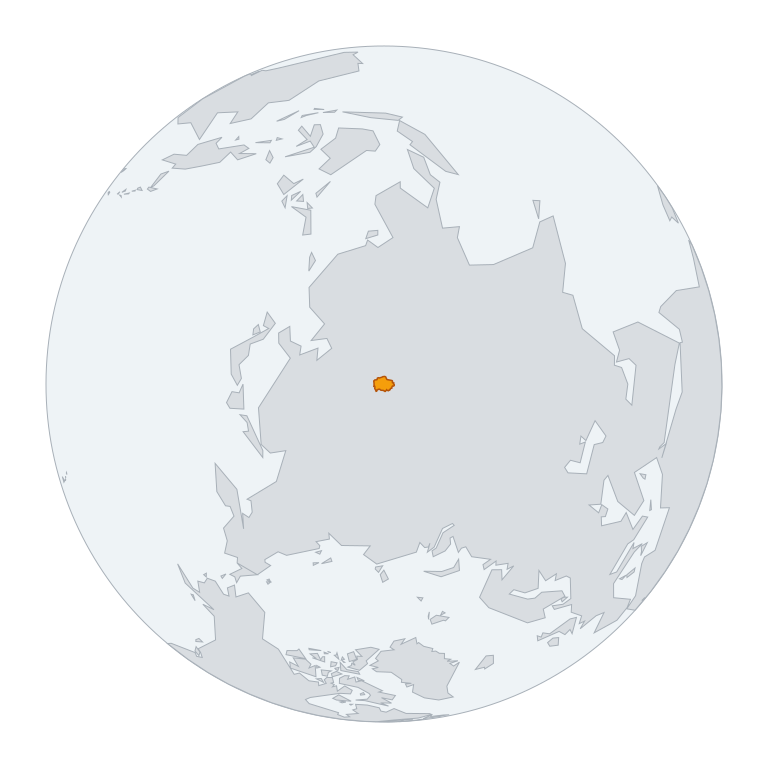 globe centered on Dundgovi, rotated 183°
{"feature_id": "MNG-3325", "entity_name": "Dundgovi", "entity_type": "Province", "adm_level": 1, "iso_a3": "MNG", "parent_name": "Mongolia", "parent_adm1": "", "projection": "orthographic", "projection_center": [106.117, 45.486], "detail": "fine", "context": "on_globe", "style": "filled", "palette": "amber", "viewbox_px": 768, "rotation_deg": 183, "n_neighbors": 0, "source": "natural_earth", "source_scale": "10m", "svg_char_len": 13732}
<svg xmlns="http://www.w3.org/2000/svg" viewBox="0 0 768 768"><g transform="rotate(183 384 384)"><circle cx="384" cy="384" r="338" fill="#eef3f6" stroke="#a8b0b8"/><path d="M585.0,112.4L586.5,113.5L582.9,113.9L558.6,105.9L556.8,102.2L551.2,101.4L553.1,106.3L555.7,109.9L538.8,119.6L541.4,143.2L553.4,154.6L542.0,149.7L572.1,174.8L580.7,193.6L564.2,170.2L557.2,166.3L559.6,177.4L553.0,176.0L550.3,180.8L542.2,178.3L533.2,165.7L527.7,164.1L529.7,172.2L522.8,175.4L520.7,163.6L508.5,168.3L491.1,149.7L492.0,123.1L475.6,113.7L458.5,89.4L453.3,90.9L443.5,83.7L433.8,82.9L433.4,79.4L426.0,82.0L428.2,85.5L425.7,88.0L420.2,88.1L418.7,83.3L421.2,82.5L417.9,81.2L419.6,78.9L415.6,80.1L414.5,74.8L407.4,80.4L399.7,76.4L401.2,72.8L411.7,72.8L441.2,67.1L445.9,64.8L442.0,60.9L412.2,53.4L413.0,51.5L406.2,49.2L400.9,49.9L404.2,52.1L392.6,53.6L398.1,56.9L394.2,58.3L395.6,62.6L383.9,62.5L371.8,60.4L370.0,57.2L364.7,56.4L357.0,60.4L344.8,56.2L321.1,57.2L319.2,56.5L332.3,52.2L355.8,49.1L372.8,46.5L350.1,49.1L345.8,48.5L340.2,49.1L333.6,50.1L330.7,50.9L326.8,51.2L343.0,48.6L350.6,47.7L351.6,47.6L344.9,48.4L356.0,47.3L361.2,46.8L385.0,46.1L408.8,47.0L432.5,49.6L455.9,53.8L479.0,59.7L501.5,67.2L523.6,76.2L544.9,86.8L565.4,98.9L585.0,112.4ZM700.4,274.7L697.9,270.4L698.5,269.1L700.4,274.7ZM696.9,270.6L697.7,271.4L697.2,271.3L696.9,270.6ZM696.9,272.3L696.9,271.1L697.2,273.0L696.9,272.3ZM697.2,275.4L696.9,273.5L697.1,273.9L697.2,275.4ZM696.6,278.5L696.4,279.1L695.9,276.9L696.6,278.5ZM557.9,111.9L553.8,106.7L554.6,103.1L558.8,107.5L557.9,111.9ZM555.5,120.2L551.7,116.9L558.4,117.0L558.5,118.9L555.5,120.2ZM563.4,163.5L561.3,157.7L565.6,164.0L563.4,163.5ZM551.4,182.0L554.1,184.2L551.5,185.8L551.4,182.0ZM401.9,62.4L398.8,62.5L400.2,61.6L401.9,62.4ZM405.4,64.4L409.2,63.4L411.4,64.2L409.0,64.8L405.4,64.4ZM536.8,183.7L531.9,186.0L535.3,181.4L536.8,183.7ZM400.2,65.5L414.9,65.9L418.7,67.4L412.9,71.2L400.2,65.5ZM528.0,185.9L516.3,192.3L521.3,197.6L500.5,186.9L517.4,184.6L520.8,177.9L522.9,183.6L528.0,185.9ZM431.3,86.6L428.7,82.9L436.0,86.0L431.3,86.6ZM436.6,88.1L462.5,95.4L463.6,101.5L454.7,97.5L460.3,105.8L448.0,105.1L442.3,100.4L444.0,96.5L438.0,99.3L436.6,88.1ZM490.9,180.3L486.8,180.3L489.4,178.0L490.9,180.3ZM425.3,89.2L430.4,90.0L431.7,95.2L421.7,94.7L424.5,93.1L425.3,89.2ZM467.7,108.6L466.9,112.7L456.8,113.2L455.1,114.9L447.8,105.6L467.7,108.6ZM421.4,92.0L416.5,94.5L410.9,92.2L420.3,88.9L421.4,92.0ZM436.3,96.8L436.5,99.4L433.1,97.8L436.3,96.8ZM388.1,86.6L394.3,86.8L395.5,89.5L388.1,86.6ZM415.1,95.5L417.1,96.3L418.2,97.5L414.0,98.7L415.1,95.5ZM441.2,106.8L437.2,106.3L443.7,110.6L436.4,111.5L432.8,105.3L431.3,108.3L429.0,108.6L428.7,103.3L441.2,106.8ZM413.2,103.7L406.2,96.8L394.5,95.4L393.1,92.9L412.1,95.6L413.2,103.7ZM422.3,103.9L416.3,103.1L417.6,100.1L422.5,98.8L422.3,103.9ZM432.7,114.5L444.8,114.7L445.2,116.1L432.7,114.5ZM409.5,103.8L411.3,105.5L408.6,104.0L409.5,103.8ZM425.3,111.7L429.5,111.5L429.8,113.1L425.3,111.7ZM411.3,109.3L409.1,107.0L412.3,105.9L411.3,109.3ZM417.5,110.9L416.9,113.1L414.8,106.9L419.4,110.5L417.5,110.9ZM424.9,113.2L426.4,114.1L423.0,113.1L424.9,113.2ZM400.3,115.1L396.9,107.6L404.1,105.0L406.4,112.6L400.3,115.1ZM121.5,171.2L129.8,172.2L121.7,185.7L117.2,218.2L114.8,224.9L104.6,232.1L92.5,275.4L101.4,274.7L101.2,308.3L107.9,324.8L129.3,308.8L118.4,281.2L127.1,265.9L144.4,278.9L155.6,304.4L159.3,299.4L161.2,275.3L172.9,273.9L162.9,266.6L160.2,274.9L153.9,270.9L156.0,263.2L160.1,262.7L159.3,253.8L140.2,259.3L135.4,268.3L127.8,251.8L119.0,265.6L113.7,264.9L126.5,241.5L132.2,237.1L148.5,205.6L141.8,208.5L126.0,238.8L126.8,232.7L117.7,238.1L125.3,229.3L144.3,196.7L143.5,182.6L126.6,181.9L129.5,173.5L139.0,160.3L161.1,146.5L152.3,167.3L160.0,163.7L175.3,149.8L171.3,157.7L176.5,154.9L174.5,162.8L185.1,165.9L185.1,173.6L202.1,167.8L204.4,171.3L193.7,173.4L186.2,179.5L187.8,200.0L191.9,201.8L202.8,196.7L201.9,203.5L212.3,196.0L219.5,205.9L219.4,188.0L232.3,182.8L243.6,185.4L247.9,180.8L229.3,176.7L222.0,178.1L215.6,184.3L195.5,186.8L192.2,181.5L213.2,167.6L210.8,159.0L228.2,153.0L267.6,166.1L277.4,176.0L266.5,204.1L256.8,204.7L255.9,194.6L244.9,209.2L251.4,205.4L250.7,211.4L262.8,208.9L262.8,213.1L274.3,203.9L275.7,208.8L268.4,214.5L287.4,216.1L293.8,225.7L298.1,224.1L300.9,219.7L307.1,235.4L310.0,233.6L309.1,227.7L314.2,220.5L325.8,214.1L327.3,219.9L323.3,222.9L317.3,238.5L306.5,246.5L308.3,248.3L318.0,242.8L325.4,223.7L331.9,218.3L329.8,227.4L331.1,223.6L334.8,222.8L339.9,227.6L342.9,217.8L381.8,203.8L395.5,212.6L389.3,221.6L418.0,220.5L431.3,232.1L430.4,226.3L443.6,223.0L439.6,219.2L440.2,216.3L472.3,207.8L481.0,210.9L493.8,202.4L493.4,199.7L487.7,196.8L500.5,186.9L521.3,197.6L521.2,203.1L534.3,206.8L532.3,219.2L536.7,231.7L526.9,244.2L531.3,253.7L535.9,254.1L545.3,267.8L548.5,295.9L525.4,271.1L516.6,232.0L518.4,247.4L511.9,243.6L508.9,249.1L510.7,260.4L514.7,261.8L486.4,281.0L478.6,312.3L493.9,309.1L503.5,317.2L508.1,353.7L478.9,404.9L491.2,419.3L491.9,429.4L481.1,436.6L479.7,422.0L468.8,417.5L469.7,408.6L451.8,416.4L452.3,404.1L438.1,416.9L443.4,426.5L459.0,423.6L446.5,440.9L462.2,456.8L463.9,476.5L436.9,511.2L409.6,521.2L407.9,526.9L397.2,520.0L382.7,530.7L402.5,563.0L401.8,571.7L378.4,586.8L378.0,580.5L349.5,562.2L344.0,582.1L365.5,600.7L372.9,619.4L356.2,612.5L348.7,595.4L338.7,588.4L341.6,571.2L333.7,542.7L316.9,545.1L318.4,534.0L304.9,507.2L280.9,509.0L242.6,527.8L236.9,554.0L223.9,560.7L209.1,513.9L210.4,484.9L200.0,482.5L188.9,449.6L155.3,424.3L154.9,414.8L147.6,412.9L140.5,396.7L141.7,381.5L135.4,375.8L133.3,415.9L140.6,422.2L153.0,418.1L150.5,430.1L157.9,448.0L133.7,459.2L91.2,440.3L94.5,418.7L101.2,340.1L105.3,335.7L105.6,334.9L106.1,333.5L99.0,339.3L102.7,324.8L91.0,374.4L85.8,391.6L90.5,440.7L88.2,441.4L91.9,454.1L113.2,469.8L111.7,475.8L97.0,492.6L74.2,497.5L81.6,525.9L87.3,543.8L83.7,538.9L73.3,516.8L64.5,494.0L57.4,470.6L52.0,446.8L48.3,422.6L46.4,398.3L46.2,373.8L47.9,349.5L51.2,325.2L56.3,301.3L63.2,277.9L71.7,255.0L81.8,232.7L93.6,211.3L106.8,190.7L121.5,171.2ZM115.3,181.2L112.3,184.5L115.3,181.2ZM159.6,343.7L171.3,358.4L179.4,338.1L184.6,342.3L185.4,334.2L179.9,336.6L184.0,315.6L193.8,317.6L199.3,310.2L195.6,304.9L176.9,304.9L170.9,334.5L162.5,337.0L159.6,343.7ZM344.6,48.7L342.8,48.9L336.1,49.8L339.1,49.3L344.6,48.7ZM307.1,56.6L301.6,57.1L307.6,56.0L310.8,54.9L327.4,51.8L319.1,56.0L319.9,54.4L307.1,56.6ZM347.3,49.8L337.7,50.7L348.6,49.6L347.3,49.8ZM207.1,134.3L202.0,139.1L196.3,139.9L196.4,132.3L204.7,130.8L207.1,134.3ZM196.2,146.1L217.0,135.6L217.8,140.6L213.8,139.5L212.3,143.8L205.5,143.2L185.9,159.1L179.6,161.0L183.1,144.5L185.4,148.6L190.2,143.2L196.2,146.1ZM268.8,106.4L277.8,103.7L267.8,117.8L260.6,118.8L260.1,110.7L268.5,104.7L268.8,106.4ZM387.0,72.8L391.1,72.1L391.5,73.3L388.4,74.8L387.0,72.8ZM390.9,86.5L369.5,77.6L373.1,76.1L356.3,73.5L359.3,69.0L370.1,70.6L359.8,65.7L370.7,65.4L362.6,62.6L386.4,66.8L395.8,66.9L384.2,68.4L381.2,72.4L382.7,74.2L394.1,79.7L412.9,82.7L413.0,87.8L408.0,90.7L403.5,90.7L404.9,87.2L397.9,89.9L396.4,84.9L390.9,86.5ZM349.8,130.7L353.3,125.0L339.0,132.5L337.5,126.3L335.9,127.6L330.6,124.1L321.4,122.4L322.2,119.4L318.3,120.0L314.7,118.0L309.5,118.1L309.3,112.9L303.0,112.6L306.5,110.4L295.7,111.5L303.6,108.4L299.7,106.0L294.1,110.2L305.4,85.6L304.0,78.8L298.5,75.1L312.8,71.3L327.2,72.7L339.4,77.8L338.7,85.4L345.3,82.6L346.9,85.6L341.0,86.5L351.0,87.0L350.8,89.8L361.7,96.5L376.4,96.3L380.7,99.0L374.8,100.6L383.3,102.3L375.2,107.2L378.1,109.5L373.0,116.9L360.0,119.1L364.2,121.5L360.6,127.8L349.8,130.7ZM398.5,117.1L383.3,120.4L375.0,118.8L387.3,106.6L385.8,103.9L393.4,96.8L405.3,99.4L402.0,101.1L401.6,103.4L398.0,101.6L400.6,104.8L396.1,107.5L396.9,110.8L391.8,110.8L398.5,117.1ZM118.7,226.0L118.1,230.2L118.6,235.4L112.8,239.3L118.7,226.0ZM131.2,203.5L131.6,206.1L123.7,213.4L124.4,209.4L131.2,203.5ZM138.6,201.8L132.3,205.7L136.1,201.2L138.6,201.8ZM194.7,175.8L196.0,178.6L193.5,180.4L189.7,180.7L194.7,175.8ZM306.9,154.3L310.2,150.7L312.2,151.2L323.6,146.7L325.6,151.3L319.6,155.8L306.9,154.3ZM123.6,307.8L117.7,307.1L118.4,302.6L120.3,303.7L123.6,307.8ZM112.0,271.6L111.5,282.5L110.4,272.5L112.0,271.6ZM311.0,158.6L315.4,156.1L313.7,160.0L311.0,158.6ZM327.7,154.5L326.8,158.8L327.2,151.3L327.7,154.5ZM112.4,585.1L105.3,574.8L98.4,560.0L105.4,565.8L107.1,562.0L114.8,577.4L121.3,596.4L114.3,587.6L112.4,585.1ZM458.1,655.0L468.2,654.6L467.8,655.6L458.1,655.0ZM447.6,652.8L459.2,651.9L445.5,655.1L447.6,652.8ZM463.7,651.5L475.5,648.1L480.6,645.8L479.7,647.9L463.7,651.5ZM439.7,653.6L396.6,654.6L379.6,651.5L383.6,648.0L411.2,649.3L439.7,653.6ZM382.2,647.9L356.2,635.4L320.8,597.0L333.5,599.6L370.6,624.3L368.2,627.6L384.0,637.3L382.2,647.9ZM445.2,627.0L442.7,637.3L419.0,637.6L408.2,636.2L400.7,622.9L404.9,616.1L413.7,616.3L448.1,590.2L460.1,595.4L449.5,606.6L459.3,615.1L445.2,627.0ZM238.2,557.0L244.9,575.2L237.9,575.2L238.2,557.0ZM462.0,570.9L448.1,583.5L460.7,567.1L462.0,570.9ZM469.4,555.3L470.3,561.2L464.7,556.0L469.4,555.3ZM407.6,535.8L398.2,537.1L398.0,532.5L409.8,528.2L407.6,535.8ZM465.0,492.8L464.9,506.7L463.2,511.6L458.9,503.7L465.0,492.8ZM334.6,199.1L316.5,199.8L304.8,204.4L300.3,213.0L298.9,201.7L316.9,194.5L334.6,199.1ZM375.8,202.4L379.6,195.6L383.1,198.8L382.8,200.8L375.8,202.4ZM374.4,198.1L369.4,189.5L374.9,185.9L377.8,193.4L374.4,198.1ZM339.5,172.8L334.0,172.5L335.6,169.2L339.5,172.8ZM540.0,683.8L534.9,686.3L532.2,686.3L524.9,689.9L533.1,684.8L522.1,690.9L518.3,690.6L506.7,693.7L441.1,713.1L427.3,714.1L432.1,711.2L422.1,702.9L426.8,702.8L425.4,695.3L465.0,683.2L493.7,662.3L514.2,658.7L530.6,641.8L551.2,636.1L544.2,648.1L564.5,646.1L581.1,618.5L590.6,634.8L603.4,632.9L603.6,639.3L580.0,659.3L540.0,683.8ZM652.9,585.6L655.1,583.4L657.7,581.5L654.2,585.6L652.9,585.6ZM668.5,560.9L669.4,560.6L668.3,562.2L668.5,560.9ZM667.7,561.6L669.5,558.0L668.9,560.2L667.7,561.6ZM657.8,562.2L659.5,559.6L660.1,559.9L657.8,562.2ZM483.1,652.5L497.4,643.0L505.0,640.8L483.1,652.5ZM655.8,561.7L651.9,564.9L652.4,563.2L655.8,561.7ZM656.4,558.4L656.1,556.9L658.2,559.1L656.4,558.4ZM649.0,560.5L653.7,559.9L648.4,561.4L649.0,560.5ZM646.0,563.3L642.5,564.5L642.7,563.7L646.0,563.3ZM603.5,592.7L617.1,596.2L605.7,602.5L593.1,602.0L582.4,613.5L558.7,621.9L564.3,615.6L561.3,610.1L536.3,615.4L531.3,612.2L540.3,606.6L523.6,607.3L541.9,600.2L549.3,607.6L559.6,596.8L577.1,592.2L593.7,588.2L606.8,588.5L603.5,592.7ZM541.7,620.9L544.9,619.9L542.0,623.5L541.7,620.9ZM635.7,564.6L640.8,565.2L640.1,566.7L637.6,567.9L635.7,564.6ZM609.9,585.3L624.1,569.9L627.3,568.1L617.8,582.0L609.9,585.3ZM620.8,566.9L627.2,564.1L630.5,566.3L629.1,568.3L620.8,566.9ZM504.3,621.7L503.5,624.5L498.7,623.4L504.3,621.7ZM510.5,618.9L525.0,618.3L509.2,621.4L510.5,618.9ZM466.1,616.8L470.4,622.7L484.1,616.7L473.6,624.1L482.8,632.9L479.6,637.2L470.5,627.5L467.2,639.2L461.1,639.7L457.9,630.4L464.1,617.5L470.1,611.5L494.7,605.7L466.1,616.8ZM510.5,611.1L506.6,604.3L509.5,598.6L513.7,601.8L510.5,611.1ZM495.0,587.3L484.6,579.4L475.3,584.4L494.0,568.0L501.0,578.4L495.0,587.3ZM486.0,567.4L477.3,572.0L486.2,562.7L486.0,567.4ZM475.0,569.0L473.9,562.1L480.8,562.2L475.0,569.0ZM490.6,567.0L492.0,554.8L495.6,561.3L490.6,567.0ZM470.6,546.5L485.7,556.3L466.2,553.7L464.8,529.9L473.0,528.5L470.6,546.5ZM512.6,436.8L510.3,429.5L517.5,426.2L517.1,432.2L512.6,436.8ZM539.1,410.7L518.7,423.0L502.0,433.4L507.5,436.0L504.4,449.7L495.7,438.9L506.9,422.4L519.7,416.9L520.9,405.4L529.8,395.7L526.7,382.1L530.4,375.0L537.1,385.9L539.1,410.7ZM524.8,376.5L522.6,351.6L536.6,351.7L540.3,357.2L535.4,368.4L528.2,367.6L524.8,376.5ZM526.2,345.8L519.3,345.1L501.5,311.2L501.2,304.2L522.2,329.0L516.8,329.8L518.7,338.4L526.2,345.8ZM488.5,183.2L486.9,180.5L490.6,182.2L488.5,183.2ZM437.7,214.3L439.2,210.7L443.4,212.4L437.7,214.3ZM445.4,201.7L439.6,202.2L445.1,199.2L445.4,201.7ZM426.7,204.1L437.0,201.3L428.1,207.5L426.7,204.1Z" fill="#d9dde1" stroke="#a8b0b8" stroke-width="1"/><path d="M388.0,378.6L388.3,378.5L389.0,378.5L389.3,378.4L389.7,378.2L389.8,378.2L390.0,377.8L390.1,377.7L390.3,377.6L390.7,377.6L390.8,377.6L390.9,377.4L391.0,377.2L391.0,376.9L391.0,376.6L391.0,376.4L391.4,376.3L391.5,376.6L391.7,376.8L391.8,376.8L392.0,376.9L392.3,376.9L392.5,376.9L392.4,376.9L392.1,377.3L391.9,377.5L392.0,377.7L392.7,378.4L392.8,378.6L393.0,378.9L393.0,379.1L393.0,379.6L392.9,380.4L392.9,380.6L393.0,380.8L393.1,381.0L393.3,381.4L394.0,381.2L393.9,381.9L393.9,382.5L393.9,383.0L394.0,384.2L394.3,386.1L394.4,386.4L394.4,386.5L394.2,386.6L393.9,386.8L393.7,387.0L393.6,387.4L393.2,387.6L391.7,387.8L391.4,387.9L391.2,388.0L391.1,388.3L391.0,389.2L391.0,389.4L390.9,389.5L390.7,389.7L390.0,389.9L389.6,390.0L389.2,389.8L388.9,389.8L386.5,390.7L386.2,390.8L385.8,391.1L385.5,391.3L385.3,391.3L384.9,391.4L383.6,391.6L383.2,391.4L382.8,391.2L382.5,391.0L382.4,390.8L382.4,390.7L382.4,390.4L382.2,390.1L381.9,389.7L381.4,388.7L381.1,388.6L379.9,388.4L378.2,388.2L376.3,387.9L376.0,387.8L375.9,387.7L375.6,387.2L375.7,386.9L375.7,386.7L375.7,386.4L375.7,386.1L375.7,385.9L375.6,385.7L374.3,385.6L374.3,385.2L374.4,384.8L374.4,384.6L374.0,384.2L373.8,383.9L373.7,383.8L373.7,383.6L373.7,383.4L373.7,383.1L373.9,382.8L374.1,382.6L374.3,382.5L374.6,382.4L375.5,382.4L375.7,382.0L375.8,381.6L376.0,380.8L376.0,380.7L376.0,380.3L376.0,380.2L376.3,380.1L376.8,380.0L377.1,379.9L377.2,379.7L377.3,379.6L377.5,379.3L377.6,379.2L377.6,378.9L377.6,378.7L377.9,378.4L378.0,378.6L378.6,378.2L378.8,378.0L379.0,377.9L379.3,377.5L379.7,377.6L380.1,377.7L380.4,377.8L380.6,378.0L380.9,378.2L381.1,378.4L381.4,377.8L381.7,377.4L381.8,377.3L382.2,376.8L382.3,376.7L382.6,376.6L382.8,376.7L383.2,377.0L383.4,377.1L383.5,377.2L384.0,377.3L384.1,377.5L385.0,377.6L385.7,377.6L386.1,377.6L386.4,377.6L386.8,377.7L387.2,377.8L387.3,378.0L387.6,378.2L387.8,378.4L388.0,378.6Z" fill="#f59e0b" stroke="#b45309" stroke-width="1.5"/></g></svg>